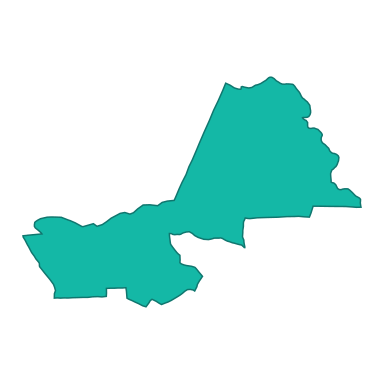 the district of Al-Amara, Maysan, Iraq
{"feature_id": "34846034B34105115765151", "entity_name": "Al-Amara", "entity_type": "district", "adm_level": 2, "iso_a3": "IRQ", "parent_name": "Iraq", "parent_adm1": "Maysan", "projection": "albers", "projection_center": [47.067, 32.106], "detail": "fine", "context": "isolated", "style": "filled", "palette": "teal", "viewbox_px": 384, "rotation_deg": 0, "n_neighbors": 0, "source": "geoboundaries", "source_scale": "gbopen_adm2", "svg_char_len": 4386}
<svg xmlns="http://www.w3.org/2000/svg" viewBox="0 0 384 384"><path d="M361.0,207.2L360.8,206.3L360.3,202.9L360.5,200.9L360.5,199.3L359.5,198.1L358.1,197.3L355.7,196.0L354.4,194.7L352.4,192.6L349.7,190.1L348.0,188.9L346.5,188.8L344.7,188.8L342.7,189.1L341.0,189.7L339.1,189.5L337.6,188.5L336.5,186.3L335.8,184.8L334.9,183.9L333.8,183.0L332.0,182.6L331.1,182.0L331.1,180.2L330.9,178.3L330.7,176.0L330.6,173.6L331.0,172.3L331.4,171.2L332.1,169.7L333.4,169.0L334.7,167.5L335.9,166.6L337.0,164.8L337.4,163.8L337.9,162.3L338.5,160.8L338.7,159.1L338.9,157.5L338.3,155.9L336.6,154.4L334.4,153.5L332.7,153.3L331.3,152.5L329.7,150.8L328.7,148.3L327.1,146.8L325.1,144.7L322.4,142.8L321.3,140.7L321.1,138.9L321.4,137.1L322.2,135.5L322.2,134.5L321.6,133.3L320.9,132.4L317.9,129.4L316.6,129.0L314.3,128.1L312.8,128.1L311.3,128.4L309.9,128.4L308.6,128.0L307.9,127.2L307.6,125.9L307.6,124.5L307.6,122.4L307.0,121.7L306.1,120.4L305.2,120.1L303.4,119.0L302.5,117.8L303.0,117.5L304.0,117.5L306.2,117.4L307.4,117.2L308.8,116.5L310.0,114.7L310.6,112.7L310.6,110.7L310.2,108.6L309.8,105.4L308.7,103.8L307.3,101.9L305.6,100.5L304.0,99.0L302.5,98.0L301.3,96.2L300.3,94.0L299.3,92.2L298.2,90.9L296.3,88.6L294.8,86.3L293.2,84.6L292.5,84.3L291.4,84.2L289.6,84.0L286.4,83.9L284.7,84.2L282.3,84.1L280.3,83.3L278.4,82.0L276.3,80.8L274.2,78.7L272.3,77.5L271.3,77.2L270.0,77.2L268.8,77.7L267.6,78.7L266.2,80.1L263.3,81.9L260.8,83.5L257.8,84.7L255.5,85.2L254.3,85.9L252.0,87.4L248.8,88.0L244.3,87.1L242.2,86.5L241.2,87.0L241.2,88.2L240.8,89.2L239.4,89.2L238.2,89.1L234.3,87.9L230.1,85.2L225.7,83.2L222.6,90.8L218.1,101.0L213.6,110.3L209.3,120.7L204.1,132.2L199.4,143.1L196.2,150.8L192.3,159.9L188.9,166.8L186.1,174.5L182.0,182.5L179.1,188.9L176.3,195.6L174.2,200.4L167.3,201.1L162.2,202.4L157.7,205.7L149.8,204.8L143.1,205.0L141.9,205.9L137.8,208.8L133.5,212.7L129.9,214.1L124.8,212.5L120.1,213.4L116.0,215.6L111.1,218.2L106.6,221.7L102.3,224.6L97.0,226.3L93.4,223.7L88.2,225.2L84.7,226.2L83.3,226.6L82.1,226.6L75.1,222.8L70.3,220.7L68.2,220.0L61.3,217.3L56.0,217.1L51.5,217.0L47.1,217.2L40.5,218.7L37.5,220.3L35.5,221.7L34.8,222.4L34.4,224.7L34.4,226.3L35.3,227.9L38.3,230.3L41.1,232.8L41.9,233.9L40.0,234.1L33.6,234.7L27.3,235.3L27.0,235.4L23.0,235.8L23.2,237.1L25.1,240.2L27.5,244.9L28.6,246.7L31.6,252.5L34.4,256.3L35.9,258.9L38.9,262.5L39.4,263.6L39.4,264.3L39.4,265.4L39.6,266.7L41.3,268.8L44.9,273.4L50.1,279.7L53.5,284.4L54.6,287.3L55.5,290.6L54.4,293.7L54.3,298.1L57.2,297.9L60.5,298.1L64.3,297.9L67.9,298.0L72.7,297.7L76.8,297.6L79.8,297.5L82.8,297.4L87.7,297.4L92.6,296.8L97.8,296.6L100.5,296.8L102.0,296.9L106.3,296.4L106.5,293.0L106.4,288.4L110.4,288.2L114.1,288.2L117.6,288.0L122.4,288.0L125.9,287.7L126.4,290.9L126.7,294.4L127.0,298.2L129.0,299.3L132.1,300.6L135.1,302.1L138.5,303.6L142.7,305.8L146.0,306.8L146.9,305.6L148.7,303.2L150.2,300.7L152.0,299.3L153.3,299.9L156.2,301.3L159.1,303.2L161.5,304.5L165.3,303.0L168.1,302.0L171.3,300.4L174.8,298.3L177.5,296.7L180.2,295.0L182.6,293.2L184.9,291.2L187.4,289.6L190.2,289.4L193.2,290.0L194.7,291.0L196.9,286.7L197.0,286.0L197.4,284.4L198.3,282.8L199.4,280.9L200.4,279.5L201.9,277.2L202.5,276.4L201.9,275.6L199.1,272.3L196.4,268.9L195.1,267.5L194.5,267.2L191.6,266.3L189.6,266.0L186.3,265.5L183.9,264.9L181.3,263.9L179.9,262.7L180.1,260.1L180.0,257.9L179.9,255.3L178.4,254.1L176.9,252.6L175.3,250.6L172.6,247.1L170.6,244.2L170.2,241.8L169.9,239.2L169.6,237.1L169.4,235.0L169.4,233.5L171.4,233.6L172.8,234.4L174.7,234.7L177.1,234.4L178.7,234.5L179.8,234.5L181.0,234.1L182.1,233.4L183.9,232.6L184.7,232.5L186.2,232.0L187.7,231.9L189.3,231.7L190.3,232.3L192.3,233.4L194.6,235.5L198.1,237.4L201.1,238.4L203.8,239.3L205.8,239.4L208.5,239.6L211.4,239.0L213.5,238.4L213.8,238.2L215.3,238.1L216.9,238.1L219.1,238.1L220.7,237.9L222.3,238.4L224.5,239.7L226.2,240.6L227.6,241.2L229.8,241.8L232.4,242.8L234.4,243.2L236.4,243.8L239.4,244.6L241.8,245.1L242.4,245.8L243.5,246.7L244.3,247.6L244.8,247.6L244.8,246.7L244.6,245.8L244.1,243.4L243.9,241.7L243.8,240.0L243.1,238.5L242.5,236.9L242.6,235.3L242.8,232.7L242.8,230.4L243.4,226.4L243.4,223.4L243.6,221.6L244.6,219.7L245.2,218.0L248.0,218.5L250.0,218.6L253.7,218.2L257.2,217.8L266.0,217.5L277.8,217.2L286.9,216.6L294.6,216.5L298.6,216.3L303.9,216.8L309.4,217.1L311.0,213.0L313.1,206.2L318.4,206.2L331.6,206.4L345.6,206.5L352.8,207.0L356.3,207.3L361.0,207.2Z" fill="#14b8a6" stroke="#0f766e" stroke-width="1.5"/></svg>